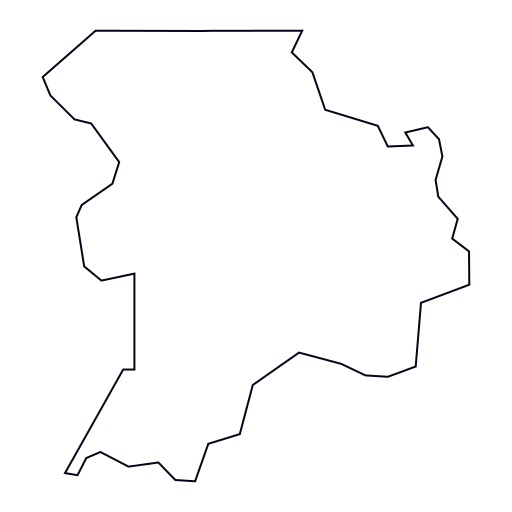 Union, Georgia, United States of America
{"feature_id": "52423323B53234951977617", "entity_name": "Union", "entity_type": "district", "adm_level": 2, "iso_a3": "USA", "parent_name": "United States of America", "parent_adm1": "Georgia", "projection": "mercator", "projection_center": [-83.988, 34.815], "detail": "fine", "context": "isolated", "style": "outline", "palette": "ink", "viewbox_px": 512, "rotation_deg": 0, "n_neighbors": 0, "source": "geoboundaries", "source_scale": "gbopen_adm2", "svg_char_len": 730}
<svg xmlns="http://www.w3.org/2000/svg" viewBox="0 0 512 512"><path d="M65.0,473.1L77.5,475.2L86.3,458.0L100.4,452.0L128.5,466.6L158.4,462.5L175.3,480.0L195.1,481.3L208.3,443.8L239.8,434.1L252.8,385.0L299.0,352.6L341.1,363.8L365.4,375.4L387.8,376.8L415.7,366.5L421.0,302.8L469.3,284.7L469.0,251.4L452.2,238.6L457.7,218.9L438.3,196.7L435.6,179.9L442.4,156.5L439.0,139.2L427.9,127.2L405.3,132.5L412.9,145.5L387.8,146.5L377.8,125.8L325.2,109.8L312.4,72.3L291.8,52.4L302.2,30.7L228.5,30.8L211.3,30.8L202.1,31.0L95.6,30.7L42.7,77.0L50.4,95.5L74.5,119.4L91.2,123.5L119.2,162.1L112.4,183.7L81.7,205.0L76.3,217.2L84.2,266.4L101.4,280.6L134.4,273.6L134.4,369.5L123.2,369.5L65.0,473.1Z" fill="none" stroke="#020617" stroke-width="2"/></svg>